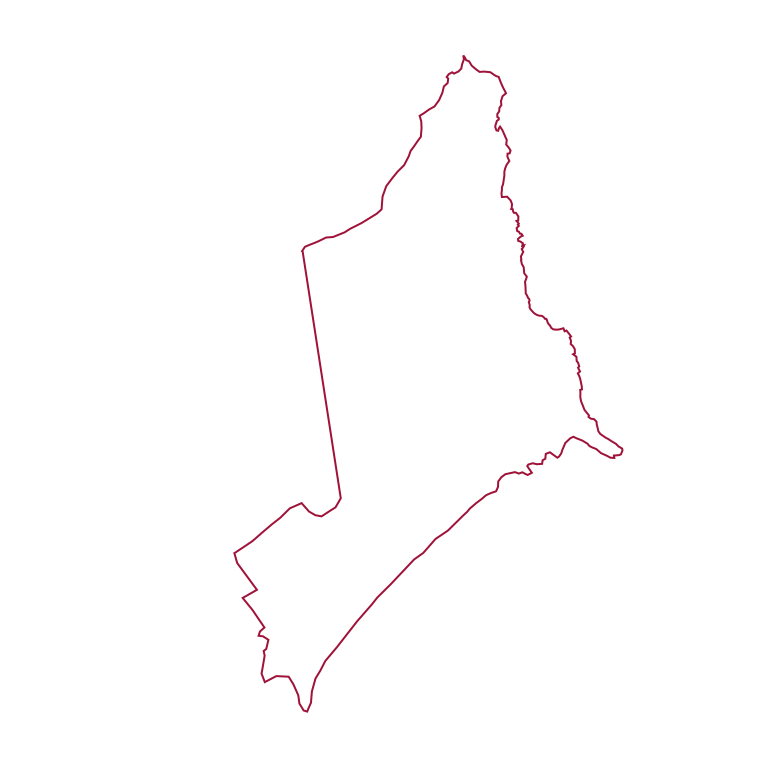 Akrotiri, Cyprus, rotated 249°
{"feature_id": "46923920B88253584339693", "entity_name": "Akrotiri", "entity_type": "district", "adm_level": 2, "iso_a3": "CYP", "parent_name": "Cyprus", "parent_adm1": "", "projection": "mercator", "projection_center": [32.972, 34.606], "detail": "fine", "context": "isolated", "style": "outline", "palette": "rose", "viewbox_px": 768, "rotation_deg": 249, "n_neighbors": 0, "source": "geoboundaries", "source_scale": "gbopen_adm2", "svg_char_len": 4078}
<svg xmlns="http://www.w3.org/2000/svg" viewBox="0 0 768 768"><g transform="rotate(249 384 384)"><path d="M105.7,194.9L108.3,197.3L112.6,201.6L122.8,206.5L133.6,214.5L139.3,221.9L146.5,230.0L155.2,245.8L172.0,273.7L182.7,293.9L187.1,301.3L194.5,318.2L209.4,349.2L212.2,360.1L220.9,376.6L224.2,391.0L233.2,411.6L234.8,415.7L237.0,419.6L239.8,427.5L241.6,433.8L243.6,439.5L243.9,445.4L243.7,448.5L243.7,450.2L247.1,453.6L252.1,455.7L255.0,460.3L256.3,465.0L254.8,474.7L252.1,477.7L252.0,481.5L249.3,483.8L247.6,485.5L248.1,490.2L256.0,488.3L257.1,489.8L256.7,494.4L254.3,498.0L252.8,503.0L256.0,504.8L256.4,507.8L260.8,510.0L260.8,514.4L253.1,519.4L253.5,521.4L255.7,524.6L258.7,527.0L264.0,532.2L266.6,538.5L266.9,541.9L264.3,544.3L260.1,548.9L255.2,552.7L253.0,553.3L251.7,554.2L250.1,555.7L247.3,558.8L245.3,559.9L241.7,561.8L239.9,563.6L237.2,566.3L234.5,568.6L234.0,569.1L232.4,572.5L234.8,573.0L233.8,576.4L233.4,577.9L233.4,580.0L236.5,582.8L238.3,583.2L241.8,580.5L244.9,579.2L249.2,575.8L252.6,573.4L253.9,572.1L256.8,570.1L259.9,568.0L263.1,567.2L265.6,567.6L270.0,568.1L272.7,568.9L275.9,567.5L277.4,564.8L279.9,563.1L281.2,564.1L284.5,563.0L288.0,561.9L292.1,561.9L297.4,561.8L301.5,562.6L305.4,564.2L308.2,565.1L308.0,566.9L311.0,567.8L318.4,569.0L321.1,569.1L324.5,568.8L325.4,571.5L329.7,571.0L330.5,572.6L334.5,572.8L336.3,572.1L340.5,573.4L344.0,571.2L344.2,573.2L346.5,574.0L348.2,574.6L351.6,574.0L354.5,572.6L356.0,573.5L357.5,574.1L360.8,574.0L361.3,575.7L364.5,574.8L368.5,573.5L368.5,571.5L371.7,571.5L371.9,569.8L372.2,566.8L373.1,564.0L374.4,561.6L376.5,560.2L379.0,560.0L380.5,559.3L382.5,558.8L384.7,559.0L386.6,558.9L387.1,557.7L388.6,557.3L390.6,556.2L391.5,554.9L391.9,553.8L393.4,551.8L395.4,550.1L397.0,549.2L401.1,547.6L403.3,547.3L405.8,548.4L408.5,548.5L409.7,549.8L411.4,550.0L412.9,549.3L415.1,549.3L416.6,549.0L417.9,548.8L418.9,549.2L424.6,551.1L428.9,552.3L431.3,554.5L433.1,555.8L437.0,554.6L439.7,555.3L443.0,556.3L446.6,555.7L450.6,556.3L450.8,556.8L454.0,557.5L457.4,561.3L460.7,561.0L461.6,562.9L463.3,564.6L463.5,562.6L465.6,564.1L468.1,562.4L469.5,560.6L471.4,561.1L472.7,564.7L472.7,566.6L475.0,566.1L475.7,564.8L477.9,564.5L479.0,563.2L482.0,563.7L482.6,564.9L483.3,566.5L484.8,566.1L485.3,567.3L487.0,566.8L488.7,566.2L488.5,567.9L492.3,569.5L496.5,568.5L497.3,566.6L499.0,566.4L501.1,566.8L501.8,565.5L502.4,566.2L506.1,568.0L510.0,568.0L514.7,566.1L516.3,561.1L519.7,561.9L522.6,563.5L525.4,564.6L527.9,566.8L532.0,569.1L535.3,571.0L539.2,572.5L542.0,574.5L544.6,576.9L547.3,580.9L552.1,580.7L554.8,581.9L554.3,584.0L556.6,585.8L559.9,585.2L563.7,583.9L567.9,586.1L570.0,585.9L575.0,585.7L578.5,585.5L582.7,584.6L581.7,583.1L579.5,581.3L580.4,579.9L583.9,579.9L585.6,580.8L589.2,583.7L589.8,585.9L591.3,586.5L592.7,585.5L595.4,586.5L597.2,589.2L600.5,590.8L602.3,593.5L606.2,594.6L610.2,597.8L611.7,602.1L613.8,601.9L617.9,601.4L623.9,601.1L629.6,601.1L631.3,599.0L633.7,597.2L636.9,595.1L639.7,589.6L641.1,585.1L644.4,582.9L649.7,580.0L654.6,579.1L657.0,576.7L659.4,576.6L662.3,575.8L658.4,574.9L654.5,571.5L650.8,569.2L649.1,565.5L648.7,560.6L650.6,559.3L650.0,555.4L648.1,552.5L646.1,553.4L642.2,551.3L640.3,546.5L634.9,542.8L629.3,537.2L625.0,530.6L624.1,524.4L622.5,518.3L621.6,513.4L615.9,512.9L609.5,510.8L601.6,507.0L598.3,501.8L595.3,497.5L592.0,492.3L587.8,488.8L581.1,481.2L577.4,472.8L573.2,465.5L567.9,457.0L559.5,449.8L547.9,444.3L545.6,438.3L542.3,420.7L541.0,407.9L539.7,401.7L539.5,389.0L541.5,382.5L540.7,373.4L540.6,368.6L540.6,364.1L540.4,359.3L539.8,358.5L537.4,355.1L536.7,355.5L292.8,302.7L286.2,294.5L285.1,288.9L282.8,278.3L286.1,272.9L291.8,268.3L302.3,264.4L301.7,251.6L296.4,239.5L293.2,229.1L288.6,216.0L286.3,209.9L284.4,204.6L279.7,183.8L279.7,183.7L276.6,183.4L269.4,182.8L237.4,191.6L234.9,175.4L220.3,180.2L199.5,185.1L197.4,179.5L193.9,176.7L191.8,180.6L186.6,184.4L178.8,179.1L177.9,176.0L173.1,175.2L167.2,171.7L161.8,168.5L157.5,165.9L148.4,165.9L149.9,178.8L144.9,190.1L136.0,191.8L124.0,192.4L116.0,190.5L108.0,192.0L105.7,194.9Z" fill="none" stroke="#9f1239" stroke-width="2"/></g></svg>